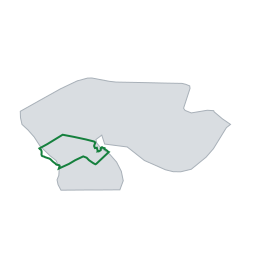 Dilkhil, Dikhil, Djibouti shown in context, rotated 64°
{"feature_id": "41766387B9467441741428", "entity_name": "Dilkhil", "entity_type": "district", "adm_level": 2, "iso_a3": "DJI", "parent_name": "Djibouti", "parent_adm1": "Dikhil", "projection": "equal_earth", "projection_center": [42.604, 11.271], "detail": "fine", "context": "in_parent", "style": "outline", "palette": "green", "viewbox_px": 256, "rotation_deg": 64, "n_neighbors": 0, "source": "geoboundaries", "source_scale": "gbopen_adm2", "svg_char_len": 1851}
<svg xmlns="http://www.w3.org/2000/svg" viewBox="0 0 256 256"><g transform="rotate(64 128 128)"><path d="M180.0,162.4L173.2,176.6L164.4,194.8L154.5,215.5L148.3,215.7L143.5,214.5L140.2,210.9L133.4,207.1L125.7,206.9L118.4,210.4L106.0,214.9L94.8,216.3L85.8,218.8L78.3,221.7L71.6,220.1L65.8,217.5L64.5,195.5L63.2,171.6L63.4,152.9L65.4,142.6L67.2,138.6L77.8,124.4L81.5,118.6L93.5,95.1L103.9,75.0L111.6,59.9L114.0,57.0L117.2,54.1L119.6,54.9L134.6,69.4L137.2,69.0L142.2,64.5L146.8,49.0L150.0,43.4L151.3,43.5L161.0,39.2L169.7,34.3L170.8,39.4L184.0,60.2L188.4,70.5L192.8,89.2L190.5,99.7L187.1,106.5L182.0,112.6L164.4,127.5L144.7,137.0L132.2,156.0L122.9,154.7L124.3,161.9L127.8,162.7L133.2,161.4L144.0,155.8L153.6,153.2L164.0,153.0L173.3,155.4L180.0,162.4Z" fill="#d9dde1" stroke="#a8b0b8" stroke-width="1"/><path d="M105.4,189.7L107.1,207.6L107.5,216.6L108.4,216.4L109.3,215.8L109.8,215.7L111.1,215.9L112.8,216.7L113.6,217.3L115.2,217.6L116.0,217.0L116.1,216.9L117.1,215.8L117.9,215.3L121.1,212.0L122.1,211.4L124.7,210.5L125.9,210.0L128.4,208.7L129.0,208.7L129.9,208.0L131.0,206.4L131.6,206.0L132.3,206.1L133.4,206.9L133.5,207.2L133.5,207.3L134.1,207.9L134.4,196.8L133.8,189.5L133.9,180.7L136.6,178.2L139.8,177.2L144.4,174.6L146.3,173.2L146.3,172.2L141.2,155.8L140.4,156.4L139.2,156.7L138.6,157.2L138.4,157.3L137.8,157.5L136.7,158.3L136.3,158.3L136.1,158.0L135.8,157.9L135.6,158.3L134.8,159.3L134.1,159.5L133.8,160.0L133.8,160.3L134.4,161.0L134.2,161.3L134.5,161.6L135.5,161.9L136.0,162.3L136.1,163.3L136.1,163.7L135.9,164.2L136.2,164.3L136.2,164.6L135.9,164.9L135.7,165.5L135.4,165.1L134.7,165.2L133.4,164.9L132.7,164.9L132.1,164.7L131.9,165.6L131.6,165.9L131.5,166.5L129.6,166.4L129.1,166.2L128.6,165.7L127.8,164.9L127.4,164.3L126.9,164.1L126.6,163.8L125.3,164.4L119.8,170.9L112.2,180.6L105.4,189.7Z" fill="none" stroke="#15803d" stroke-width="2"/></g></svg>